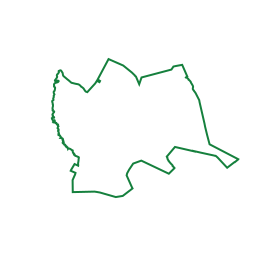 Kabwe, Central, Zambia (Albers equal-area conic projection), rotated 240°
{"feature_id": "96606910B72559103883158", "entity_name": "Kabwe", "entity_type": "district", "adm_level": 2, "iso_a3": "ZMB", "parent_name": "Zambia", "parent_adm1": "Central", "projection": "albers", "projection_center": [28.455, -14.458], "detail": "fine", "context": "isolated", "style": "outline", "palette": "green", "viewbox_px": 256, "rotation_deg": 240, "n_neighbors": 0, "source": "geoboundaries", "source_scale": "gbopen_adm2", "svg_char_len": 5170}
<svg xmlns="http://www.w3.org/2000/svg" viewBox="0 0 256 256"><g transform="rotate(240 128 128)"><path d="M45.0,203.4L45.7,207.7L45.8,207.9L73.1,190.5L82.3,193.0L90.5,195.4L93.7,196.5L114.6,202.9L116.5,203.6L124.3,204.0L125.8,203.9L126.8,203.7L127.4,203.8L128.1,203.6L129.1,203.6L129.3,203.6L130.0,204.0L130.4,204.3L131.0,204.9L131.5,205.1L132.5,205.3L134.0,205.2L134.5,205.3L135.3,205.2L136.0,205.2L136.5,205.4L136.9,205.4L138.8,205.0L139.4,204.6L139.6,204.6L140.0,204.8L140.7,204.7L141.1,204.4L141.5,204.4L142.4,204.1L142.6,203.5L142.8,203.4L142.9,203.6L142.9,203.8L142.8,204.3L143.0,204.7L143.3,204.6L143.0,204.8L143.0,205.1L155.6,206.5L157.7,200.6L158.5,198.1L156.9,194.8L165.0,165.0L160.3,159.6L168.6,160.6L169.9,160.1L170.2,160.2L174.1,159.1L184.5,155.1L197.4,145.6L185.2,126.0L182.7,127.3L182.0,126.2L184.4,124.6L183.0,121.9L179.9,112.2L179.4,110.7L180.7,109.6L181.8,109.4L183.6,109.3L184.4,109.3L185.9,108.8L187.5,108.0L188.0,108.0L188.5,107.9L190.2,107.2L190.7,106.8L192.7,104.5L195.5,101.6L199.6,100.2L199.9,100.0L201.9,99.3L205.2,98.1L206.1,98.1L208.4,98.9L209.1,98.9L209.8,98.8L210.7,98.8L211.3,98.7L211.5,98.5L211.8,98.2L211.9,97.5L212.0,96.5L211.6,96.2L210.8,96.0L210.6,95.7L210.0,94.5L209.8,93.4L209.2,92.7L208.5,92.4L207.8,92.3L207.4,91.9L206.6,90.5L206.1,89.1L205.8,88.6L205.6,88.4L205.0,88.4L204.8,88.5L204.5,88.9L204.4,89.3L204.3,90.6L204.1,91.0L203.5,91.4L203.3,91.4L203.1,91.2L202.9,90.7L202.8,90.1L203.1,88.7L203.4,87.6L203.4,87.3L203.2,86.5L203.1,86.2L202.8,85.8L202.4,85.5L201.6,85.2L201.2,84.8L200.8,84.7L200.6,84.7L199.7,85.1L199.3,85.0L199.1,84.9L197.5,83.6L197.0,83.1L196.8,82.7L196.7,82.0L196.4,81.7L195.9,81.4L195.4,81.2L193.9,81.1L193.6,80.6L193.3,80.0L193.0,79.7L192.7,79.7L192.0,79.1L191.7,79.0L191.3,78.4L191.0,78.0L189.6,77.5L189.5,77.4L189.4,77.0L189.4,76.1L188.9,75.6L188.6,75.5L188.3,75.4L187.5,75.2L187.1,75.2L186.3,74.7L186.0,74.7L185.8,74.6L185.5,74.6L184.6,74.0L184.5,73.9L184.0,73.6L183.7,73.2L183.0,72.6L182.3,72.2L181.6,72.2L181.2,71.6L180.7,71.5L180.4,71.6L179.8,71.8L179.4,72.3L179.2,72.3L178.7,71.9L178.4,70.9L178.0,70.2L177.6,69.4L176.5,69.3L176.3,69.2L176.2,68.8L175.9,68.7L175.0,68.9L174.6,69.3L174.1,69.3L174.0,69.2L174.4,68.7L174.5,68.3L174.5,68.2L174.2,68.0L174.2,67.7L174.6,67.3L174.6,67.0L174.2,66.8L173.7,66.8L173.3,66.7L173.0,66.8L172.6,66.7L172.2,66.8L171.7,67.4L171.6,67.5L171.6,67.9L171.5,68.2L171.2,68.3L170.7,68.1L170.7,67.9L170.8,67.7L170.7,67.6L170.9,66.4L170.7,66.0L170.2,66.1L169.8,66.9L169.4,67.1L169.3,67.4L169.2,67.5L168.8,68.0L168.5,68.2L168.3,68.1L168.2,68.3L168.0,68.2L167.5,68.4L167.4,68.3L167.1,68.3L166.8,68.2L166.6,68.3L166.2,68.7L166.0,69.1L165.9,69.1L165.5,69.0L165.4,68.8L165.3,68.7L165.1,68.4L164.5,68.5L164.5,68.3L164.4,68.2L164.0,68.1L163.5,67.3L163.3,67.1L163.2,67.1L163.0,66.9L162.7,67.0L162.3,67.0L162.0,67.2L161.9,67.2L161.6,67.0L161.3,67.1L161.2,67.0L160.9,67.1L161.0,67.0L160.5,66.6L160.6,66.4L160.7,66.2L160.4,65.9L159.7,65.9L159.3,65.8L158.5,65.7L158.0,65.4L157.6,65.4L157.2,65.3L157.0,64.9L157.3,64.9L157.4,64.7L157.2,64.6L157.0,64.4L156.9,64.4L156.9,64.5L156.7,64.4L156.6,64.5L156.5,64.4L156.3,64.6L156.2,64.9L156.1,65.1L155.9,65.1L155.2,65.3L155.1,65.2L154.4,65.2L154.2,65.0L153.9,65.0L153.6,65.1L153.5,65.3L153.4,65.4L153.1,65.2L153.0,64.9L152.9,65.1L152.7,65.1L152.6,65.3L152.7,65.5L152.4,65.6L152.2,65.6L151.8,65.8L151.7,66.0L151.3,66.0L151.2,66.1L150.8,66.1L150.7,65.9L150.7,65.5L150.6,65.4L150.2,65.5L149.9,65.6L149.5,65.4L149.3,65.3L149.3,65.1L149.0,65.0L148.9,65.2L148.7,65.0L148.6,64.9L148.4,64.9L148.4,65.1L148.1,65.3L147.8,65.3L147.6,65.0L147.7,64.9L147.8,64.8L147.7,64.2L147.5,64.3L147.4,64.3L147.4,64.1L147.1,64.1L146.7,64.4L146.2,64.5L145.9,64.7L145.6,64.5L145.3,64.8L145.3,65.0L144.9,65.2L144.7,65.2L144.4,65.2L144.2,65.0L144.2,64.9L143.6,64.9L143.5,65.1L143.3,65.2L143.3,65.4L143.1,65.5L142.3,65.1L142.1,65.1L141.9,65.3L141.9,65.5L141.7,65.9L141.3,65.9L141.1,65.8L140.7,65.9L140.4,65.8L140.4,65.7L140.0,65.6L140.1,65.8L140.1,66.0L139.8,66.6L139.5,66.9L138.6,67.6L137.5,68.1L137.1,68.2L136.3,68.9L136.1,68.9L135.3,68.3L134.5,68.2L134.2,68.0L133.8,68.3L133.7,68.3L133.3,68.3L132.9,68.1L132.6,68.2L132.3,68.5L132.1,68.5L132.1,68.1L131.9,67.9L131.6,68.0L131.3,68.4L130.3,68.4L130.2,68.5L129.7,69.0L128.0,70.3L127.7,70.4L127.6,70.6L127.4,70.7L127.1,70.6L126.8,70.6L125.8,69.7L124.3,68.7L124.0,68.4L123.4,68.0L122.9,67.5L122.0,66.9L121.6,66.6L120.8,66.4L120.3,66.0L123.5,63.7L120.3,58.0L119.6,57.0L115.4,60.1L114.8,59.6L114.0,58.7L113.4,57.8L110.6,54.0L100.1,48.1L89.7,67.1L88.7,68.4L86.2,71.4L74.3,82.9L71.8,89.5L73.4,101.7L75.2,101.8L87.4,103.1L87.6,103.1L89.2,104.6L91.4,108.2L94.6,114.7L93.1,123.2L68.0,140.5L70.0,148.2L70.2,148.3L70.5,148.3L70.8,148.1L71.4,147.9L72.0,147.9L72.3,147.8L72.8,147.6L73.3,147.9L73.6,147.8L74.0,147.8L74.8,147.6L75.7,147.3L76.1,147.3L76.7,147.1L77.6,147.0L77.7,146.9L78.8,146.9L79.1,146.7L79.5,146.8L79.7,146.7L79.8,146.7L80.4,146.8L81.0,146.7L81.4,146.9L81.8,146.9L82.5,147.1L82.7,147.3L82.9,147.4L83.1,147.4L83.4,147.2L83.9,147.3L84.1,148.1L88.1,159.2L74.8,173.5L75.1,173.5L69.9,179.1L61.0,188.9L60.5,189.3L60.3,189.6L60.1,190.0L57.8,190.8L44.0,194.0L45.2,203.2L45.0,203.4Z" fill="none" stroke="#15803d" stroke-width="2"/></g></svg>